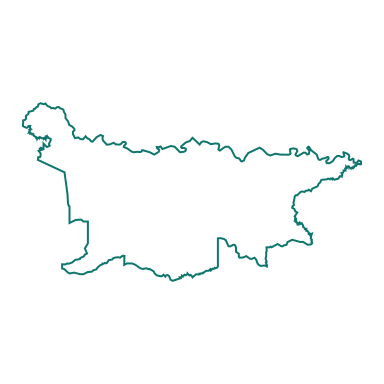 Lago Agrio, Sucumbios, Ecuador (Mercator projection)
{"feature_id": "8360857B32687179357863", "entity_name": "Lago Agrio", "entity_type": "district", "adm_level": 2, "iso_a3": "ECU", "parent_name": "Ecuador", "parent_adm1": "Sucumbios", "projection": "mercator", "projection_center": [-76.699, 0.129], "detail": "fine", "context": "isolated", "style": "outline", "palette": "teal", "viewbox_px": 384, "rotation_deg": 0, "n_neighbors": 0, "source": "geoboundaries", "source_scale": "gbopen_adm2", "svg_char_len": 5987}
<svg xmlns="http://www.w3.org/2000/svg" viewBox="0 0 384 384"><path d="M62.1,268.5L64.3,269.1L68.0,272.6L69.8,273.5L74.0,272.6L80.1,274.2L83.5,274.2L87.5,272.1L91.8,271.7L93.5,270.2L96.3,269.4L97.7,267.4L100.1,265.3L102.0,264.5L102.4,263.6L103.4,263.8L104.7,262.9L105.8,263.4L106.8,263.0L108.8,260.1L112.0,259.6L113.5,258.0L115.7,257.5L118.2,257.2L120.1,257.7L122.0,256.1L124.0,256.2L123.9,255.8L124.4,255.9L124.2,264.9L127.0,263.4L132.1,263.5L135.4,264.8L140.0,268.1L142.9,269.0L146.2,268.3L149.2,269.3L149.7,269.0L153.7,271.4L154.7,273.5L156.9,275.4L161.0,276.3L162.0,276.1L163.4,274.8L165.3,276.6L165.9,275.5L167.6,275.0L169.0,276.0L170.7,279.8L172.7,280.8L179.7,278.5L179.7,277.9L180.3,278.0L180.1,277.5L181.0,277.8L181.3,276.9L182.2,276.7L182.1,275.8L183.0,276.5L184.5,274.7L185.9,275.3L187.4,274.1L187.5,273.4L189.3,275.4L190.7,274.9L192.3,276.9L192.4,276.4L193.3,276.7L196.0,274.3L199.2,274.4L199.3,273.9L199.9,274.2L200.4,273.4L201.8,273.5L202.7,272.8L203.0,273.2L205.9,270.9L208.9,270.7L209.5,270.0L210.2,270.4L210.5,269.2L211.1,269.7L211.1,269.2L211.9,269.4L212.7,268.7L213.8,268.9L214.7,267.9L215.4,268.3L217.0,267.7L217.9,266.5L217.9,238.4L220.1,238.1L223.8,238.9L225.8,240.2L228.5,246.2L230.0,246.4L233.5,244.7L235.2,245.3L236.0,247.7L236.1,251.9L238.8,253.7L238.9,256.9L239.4,257.6L242.7,257.6L246.3,256.1L249.9,258.7L251.7,258.9L254.5,257.7L256.2,259.7L257.6,263.6L259.3,265.3L260.8,265.9L265.1,265.5L266.8,266.5L267.0,265.3L265.8,262.4L266.7,261.8L265.6,258.9L266.3,255.3L266.1,252.3L266.7,251.0L266.5,247.3L269.7,247.3L270.6,246.6L271.6,247.3L277.6,244.0L281.2,246.2L282.8,246.3L283.8,245.4L286.4,244.9L287.6,242.0L292.2,239.8L300.4,242.0L303.0,241.9L307.8,244.8L311.2,244.3L312.2,243.1L311.5,242.2L312.0,241.2L311.4,240.6L311.8,239.6L310.8,238.6L311.1,236.5L310.5,235.9L311.0,235.6L310.6,235.0L311.6,234.7L311.9,233.7L311.0,234.1L309.3,233.2L309.2,234.1L308.7,234.0L308.7,232.6L307.2,230.8L306.3,230.8L306.4,228.9L305.0,229.2L304.4,227.7L303.1,226.9L303.1,225.5L301.7,223.2L300.7,223.9L300.2,223.1L299.3,224.0L299.2,222.8L297.5,224.3L297.1,222.5L296.3,222.4L295.5,221.6L296.1,221.2L296.1,218.9L295.7,218.5L295.1,219.1L295.4,217.5L294.6,216.5L297.3,212.5L295.2,211.3L294.3,208.9L292.2,207.8L292.5,206.2L293.9,205.2L293.5,203.0L294.9,196.0L296.1,195.2L297.1,195.4L300.6,191.9L302.5,191.5L304.5,192.0L305.6,190.8L307.7,190.6L308.8,189.7L310.9,191.2L312.3,188.6L317.5,186.4L318.8,183.5L320.2,182.5L321.0,180.3L322.3,179.7L326.8,179.4L328.0,178.6L329.9,179.3L330.4,178.5L331.6,178.5L332.2,179.4L332.9,178.4L334.3,179.7L338.2,178.7L339.8,176.3L341.7,176.6L341.5,175.7L342.2,175.4L342.3,173.9L341.5,173.1L342.8,172.7L343.8,171.3L343.6,170.5L345.5,170.6L345.2,168.6L346.0,168.5L346.1,167.1L346.4,167.6L346.8,167.0L347.3,167.4L347.1,166.6L348.7,166.2L350.3,168.4L351.2,167.9L351.6,168.4L352.2,167.7L352.7,168.1L353.2,167.2L353.6,167.7L353.9,167.3L353.9,167.9L354.3,166.3L355.9,165.9L355.6,165.1L356.5,164.9L356.7,163.5L357.5,164.3L359.1,163.8L360.1,164.4L361.0,164.2L361.0,161.5L358.6,160.5L356.7,162.9L353.7,162.6L353.5,159.1L352.7,158.7L350.6,160.0L349.3,159.9L348.7,158.9L349.3,156.3L348.9,155.0L346.7,153.4L343.6,152.3L343.4,153.0L344.3,155.3L343.8,156.6L341.6,157.0L338.9,155.9L337.1,156.0L334.7,158.2L332.9,161.0L330.9,162.4L329.7,163.1L326.7,163.1L326.2,161.1L328.6,158.8L328.4,157.2L327.3,157.0L325.1,158.2L322.3,158.6L320.6,159.8L319.1,159.8L318.0,158.5L316.8,154.7L311.1,150.2L309.2,147.0L308.3,146.7L307.2,148.0L309.4,150.9L309.0,153.8L307.3,154.5L305.3,152.7L303.7,152.6L297.7,156.2L295.9,155.4L295.4,154.5L297.3,151.1L296.7,149.3L295.9,148.9L293.4,148.4L290.4,148.9L289.9,149.5L290.5,153.3L290.2,154.1L288.7,154.7L280.3,154.6L275.5,153.7L270.3,155.5L267.1,154.1L263.1,149.9L259.6,147.7L248.3,153.0L244.9,157.8L244.0,160.4L241.8,161.5L241.0,161.1L239.2,158.4L236.5,157.9L234.8,156.4L231.4,149.5L228.4,146.7L225.1,146.8L219.8,150.6L218.4,149.5L219.3,145.3L218.5,143.8L215.6,143.4L210.9,144.2L206.8,142.0L203.3,141.3L201.4,142.1L199.6,144.5L192.5,137.8L189.8,141.0L185.7,142.5L181.4,146.2L181.1,147.4L181.7,148.0L184.5,148.0L185.9,148.9L185.7,150.7L183.9,151.8L180.0,152.2L174.6,146.7L170.9,146.0L162.4,149.0L160.6,146.5L158.5,147.2L156.8,147.0L157.3,148.6L159.1,149.5L159.3,150.2L158.7,151.8L154.3,154.6L149.9,152.3L142.6,150.2L142.0,150.3L141.6,151.5L140.0,152.1L137.1,151.8L133.8,152.3L131.4,151.5L127.4,148.5L123.8,147.0L124.0,145.8L125.9,143.9L125.6,142.5L124.6,141.9L122.6,142.1L120.7,144.2L119.1,144.6L115.6,144.3L113.7,142.8L109.7,144.4L106.8,144.7L102.8,140.3L102.5,137.8L103.0,136.1L100.5,135.0L96.7,137.1L92.5,141.7L91.0,141.3L89.6,139.4L87.3,138.3L85.6,136.3L83.0,139.3L80.5,139.1L78.2,137.4L75.1,138.2L72.9,134.0L73.0,131.7L74.6,130.1L74.2,128.7L72.5,126.8L69.2,124.9L68.2,121.6L65.5,118.1L65.5,114.5L64.0,112.0L63.3,109.5L59.9,108.2L58.8,107.0L57.0,107.2L55.3,108.6L52.9,108.0L51.2,108.2L50.1,107.0L47.5,106.0L45.3,103.5L43.7,104.3L40.6,103.2L38.5,104.3L37.7,106.7L36.2,107.3L35.2,108.7L33.9,108.9L33.4,110.6L28.6,111.9L28.5,113.8L25.8,116.0L26.1,118.7L24.6,120.1L23.2,120.3L23.0,126.2L26.3,127.8L27.5,127.5L28.6,126.0L30.2,126.0L29.9,127.5L30.5,128.7L29.7,129.4L30.7,129.6L29.7,130.4L29.0,130.3L29.6,130.7L28.8,132.7L30.0,132.4L30.2,133.8L31.6,133.4L32.2,134.5L33.3,134.1L33.8,135.8L35.9,136.9L36.1,137.7L35.5,138.3L36.8,137.9L37.0,138.7L37.3,137.9L37.8,138.3L38.9,137.5L39.4,138.3L40.1,137.2L42.1,138.4L43.9,137.9L44.0,139.0L45.2,138.3L45.7,139.3L45.9,138.1L46.9,137.8L45.9,137.4L45.8,136.4L46.7,136.0L46.6,136.7L47.8,136.9L48.0,137.8L50.7,138.9L50.6,140.5L48.9,144.0L49.7,145.7L46.9,147.1L43.5,143.6L43.5,149.1L42.2,149.0L41.0,147.7L39.7,148.6L39.7,149.4L41.2,150.0L38.6,150.9L40.7,153.5L40.4,156.6L39.8,157.2L38.2,157.2L37.9,159.9L64.5,172.3L67.5,194.3L68.0,203.3L68.5,205.4L69.5,206.3L69.5,223.0L75.6,220.0L81.1,219.6L83.5,221.5L87.9,221.5L87.9,243.4L84.9,248.3L87.0,253.5L84.8,254.7L83.6,256.6L80.4,257.9L79.8,259.1L75.2,259.9L72.1,262.5L69.1,263.6L66.6,263.6L65.7,264.4L62.1,264.3L62.1,268.5Z" fill="none" stroke="#0f766e" stroke-width="2"/></svg>